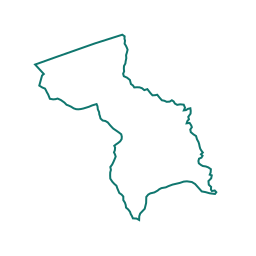 Pedra Lavrada, Paraíba, Brazil (Robinson projection), rotated 247°
{"feature_id": "56859067B32724013472613", "entity_name": "Pedra Lavrada", "entity_type": "district", "adm_level": 2, "iso_a3": "BRA", "parent_name": "Brazil", "parent_adm1": "Paraíba", "projection": "robinson", "projection_center": [-36.413, -6.768], "detail": "fine", "context": "isolated", "style": "outline", "palette": "teal", "viewbox_px": 256, "rotation_deg": 247, "n_neighbors": 0, "source": "geoboundaries", "source_scale": "gbopen_adm2", "svg_char_len": 2391}
<svg xmlns="http://www.w3.org/2000/svg" viewBox="0 0 256 256"><g transform="rotate(247 128 128)"><path d="M33.3,182.3L34.4,184.2L36.6,183.4L37.2,180.6L39.0,180.3L41.3,181.5L44.2,180.2L47.7,181.3L49.2,184.9L51.7,186.6L53.1,185.0L54.8,186.7L57.7,188.2L60.4,186.5L62.2,184.6L63.8,182.0L65.5,180.7L67.8,179.4L70.1,179.9L72.0,181.4L72.0,184.0L73.3,185.8L75.3,184.9L76.2,187.3L78.5,186.7L80.7,186.4L83.0,186.7L85.5,187.2L87.5,187.4L90.6,187.1L94.0,187.5L96.5,185.8L99.6,184.2L102.2,184.7L103.8,187.1L105.7,187.2L108.6,186.7L109.4,183.8L111.2,185.4L112.2,187.5L114.7,187.8L116.8,191.2L119.2,192.4L121.8,193.1L122.2,190.7L121.8,188.4L122.4,186.3L124.4,188.4L127.7,188.4L129.4,185.3L130.1,182.3L132.2,180.7L134.6,180.4L136.4,179.2L136.0,176.7L137.0,173.8L138.9,172.1L140.3,170.0L143.6,168.9L147.2,167.9L147.6,165.8L148.5,163.3L151.3,162.3L154.3,161.5L156.2,161.0L156.5,157.8L159.2,156.4L160.9,154.5L162.0,152.2L162.9,149.6L165.2,149.2L167.3,147.9L171.5,148.5L174.7,146.8L177.3,144.4L179.8,144.7L181.7,146.6L184.1,147.3L186.6,148.5L188.4,150.8L190.3,151.9L192.9,153.7L195.8,154.7L197.8,156.4L200.2,158.2L202.3,158.3L204.8,158.2L206.9,157.8L209.6,159.4L211.5,159.6L213.7,160.7L216.1,159.2L218.8,130.6L221.4,89.6L222.7,67.3L210.6,71.6L209.9,69.4L201.7,62.9L198.7,65.0L196.7,67.0L194.6,67.2L192.4,67.3L190.2,67.6L185.4,67.5L183.6,70.3L182.9,72.4L182.6,74.7L180.0,77.1L176.3,79.4L173.4,80.5L172.0,82.0L169.9,83.9L167.3,85.7L165.6,87.6L164.6,89.6L163.9,91.9L163.4,94.5L162.8,100.3L162.8,103.9L162.3,108.4L159.9,108.4L156.9,107.5L153.9,107.6L151.8,106.9L149.9,106.8L147.5,106.4L144.8,107.6L143.3,109.9L141.0,111.6L137.5,112.6L135.0,113.5L133.2,114.2L130.9,115.7L127.4,117.9L124.9,119.3L122.4,118.9L120.3,117.8L118.8,115.6L118.0,112.8L117.6,110.6L117.0,108.4L115.1,108.5L112.5,107.1L111.1,105.6L108.8,105.7L106.5,105.5L104.7,103.7L102.5,101.4L100.5,99.1L99.0,96.5L96.1,95.9L94.1,94.3L91.5,93.1L88.3,91.9L84.6,92.6L81.8,93.6L79.4,94.8L76.6,94.6L74.2,94.6L71.6,94.6L69.2,96.1L66.8,96.9L63.4,95.5L60.5,96.0L58.0,95.8L55.5,95.1L53.1,96.3L50.1,97.1L47.8,96.9L45.3,97.2L42.9,97.2L41.3,100.5L39.0,102.3L42.4,103.9L44.5,105.8L47.1,111.8L51.9,115.4L57.4,117.9L58.8,120.6L59.1,123.0L58.4,127.1L58.8,130.8L59.4,132.8L59.6,135.3L58.6,139.6L58.7,142.5L58.5,146.9L57.2,154.2L56.9,158.3L55.9,161.4L53.3,165.7L50.2,167.9L40.8,171.1L38.7,174.3L35.9,177.8L33.3,182.3Z" fill="none" stroke="#0f766e" stroke-width="2"/></g></svg>